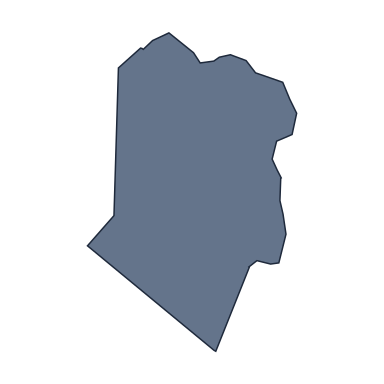 the district of Vadstena, Östergötland, Sweden, rotated 284°
{"feature_id": "70781695B1956121953089", "entity_name": "Vadstena", "entity_type": "district", "adm_level": 2, "iso_a3": "SWE", "parent_name": "Sweden", "parent_adm1": "Östergötland", "projection": "mercator", "projection_center": [14.877, 58.447], "detail": "fine", "context": "isolated", "style": "filled", "palette": "slate", "viewbox_px": 384, "rotation_deg": 284, "n_neighbors": 0, "source": "geoboundaries", "source_scale": "gbopen_adm2", "svg_char_len": 600}
<svg xmlns="http://www.w3.org/2000/svg" viewBox="0 0 384 384"><g transform="rotate(284 192 192)"><path d="M227.2,275.2L233.8,269.4L243.3,261.8L261.8,261.8L272.0,275.2L293.7,274.5L305.8,264.3L320.4,253.5L323.0,224.8L332.6,212.7L334.2,198.4L334.5,196.1L329.4,185.9L324.3,181.5L319.2,168.7L327.5,159.8L340.8,131.1L329.4,117.1L318.6,110.2L319.2,108.8L319.2,107.3L294.6,90.6L150.2,122.0L114.5,103.6L43.7,251.7L43.2,253.6L132.7,265.8L133.0,265.3L141.1,271.6L141.1,285.7L144.2,293.4L173.8,293.4L192.5,285.7L204.9,279.4L226.7,274.8L227.2,275.2Z" fill="#64748b" stroke="#1e293b" stroke-width="1.5"/></g></svg>